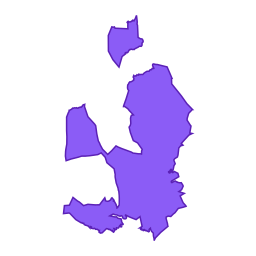 Heroica Ciudad de Huajuapan de León, Oaxaca, Mexico
{"feature_id": "50627088B27284729610040", "entity_name": "Heroica Ciudad de Huajuapan de León", "entity_type": "district", "adm_level": 2, "iso_a3": "MEX", "parent_name": "Mexico", "parent_adm1": "Oaxaca", "projection": "orthographic", "projection_center": [-97.814, 17.883], "detail": "fine", "context": "isolated", "style": "filled", "palette": "violet", "viewbox_px": 256, "rotation_deg": 0, "n_neighbors": 0, "source": "geoboundaries", "source_scale": "gbopen_adm2", "svg_char_len": 5840}
<svg xmlns="http://www.w3.org/2000/svg" viewBox="0 0 256 256"><path d="M65.6,151.4L65.4,156.1L66.1,160.7L71.1,159.0L78.2,157.2L81.7,156.1L85.4,156.1L89.9,155.7L97.8,154.6L101.2,152.9L105.2,157.3L106.9,162.7L114.1,168.8L115.2,174.5L115.1,176.0L115.2,177.4L116.2,182.9L117.1,185.5L118.0,188.0L118.4,190.4L118.8,191.2L119.2,195.3L119.3,198.9L119.2,204.9L117.7,207.4L117.4,207.8L116.9,207.9L117.0,206.8L116.2,205.4L116.2,204.7L114.6,201.8L113.4,201.0L114.1,200.3L112.0,197.8L111.3,198.3L110.8,199.6L110.6,199.9L108.9,201.0L108.5,201.2L107.6,201.3L106.3,201.1L105.3,200.6L105.4,199.6L104.8,197.8L99.5,204.8L95.2,204.9L87.9,204.3L83.6,205.6L79.3,202.0L77.5,201.0L73.0,197.4L69.4,205.2L64.4,205.6L63.5,213.6L68.7,213.0L69.7,213.2L75.8,219.6L81.3,222.9L81.9,222.6L82.6,223.3L83.7,223.3L83.7,223.6L83.9,223.9L84.2,224.5L84.8,224.7L84.9,224.9L85.4,225.2L85.8,225.2L88.5,226.1L88.4,226.4L88.6,226.6L88.9,226.8L89.9,227.9L89.9,227.3L90.7,226.5L91.5,227.0L91.3,227.8L91.6,228.3L93.3,228.7L94.2,228.3L95.0,228.6L95.4,229.3L97.4,229.3L98.2,229.9L98.4,230.5L98.7,230.6L99.4,230.5L99.0,232.1L99.5,232.6L100.0,232.5L100.5,233.1L102.2,232.8L106.5,228.6L107.2,228.8L107.8,228.7L108.1,229.2L108.8,229.5L109.5,229.3L109.8,229.7L110.5,229.6L110.9,230.3L111.5,230.7L112.3,230.4L112.5,230.5L112.4,231.3L113.0,231.6L113.3,232.1L113.6,232.2L114.8,230.3L113.9,228.5L114.2,228.5L115.3,229.5L116.2,229.5L116.5,229.3L116.6,228.4L116.4,228.0L116.4,227.8L116.6,227.7L117.4,228.0L118.5,228.0L119.0,226.9L119.3,226.6L121.3,226.9L121.6,226.8L121.7,226.5L121.5,226.2L119.8,226.0L119.6,225.8L119.7,225.6L120.4,225.1L120.9,224.3L122.4,224.8L123.1,224.4L123.1,224.1L123.0,223.8L122.4,223.2L121.6,221.5L121.6,220.8L121.4,220.4L121.2,219.1L121.0,218.8L118.3,218.4L117.3,217.8L116.7,216.9L116.1,216.8L115.2,217.0L109.8,215.9L112.8,214.2L113.4,214.1L115.2,214.8L116.7,214.9L119.4,216.1L120.6,216.1L121.1,215.7L121.7,215.9L122.2,216.2L122.5,216.8L122.9,218.1L123.7,218.7L124.6,218.9L125.7,218.8L126.2,218.3L126.5,217.7L126.5,217.1L126.3,216.5L125.1,214.7L129.3,216.9L136.1,219.6L140.0,216.6L142.1,226.4L139.8,227.9L141.3,227.9L141.5,228.5L141.0,228.7L140.6,229.2L140.7,229.4L141.6,229.9L143.0,229.9L143.3,229.7L143.5,229.7L143.3,230.5L143.7,230.6L144.1,230.3L144.5,229.7L144.6,229.8L144.6,230.3L145.6,230.3L145.9,230.8L146.6,230.6L146.9,231.0L147.5,231.2L148.6,231.8L149.2,231.5L149.2,230.4L149.1,229.8L149.2,229.4L149.6,229.1L149.6,228.8L150.4,228.2L150.5,229.3L151.6,231.4L153.1,232.9L153.3,233.6L153.4,235.9L154.1,238.8L154.1,240.6L155.4,237.9L157.7,235.5L160.8,232.3L168.0,226.3L167.7,225.4L167.5,223.7L166.1,218.5L166.2,217.0L168.2,216.1L170.8,216.5L173.3,214.0L175.0,212.7L178.3,208.4L182.9,207.3L186.1,206.3L185.8,205.7L183.1,202.7L180.1,195.9L184.3,193.4L178.9,191.6L181.6,189.7L183.2,186.1L182.8,185.1L181.3,182.7L179.9,182.8L177.3,182.3L177.0,181.8L176.4,181.8L175.5,181.0L174.9,181.1L172.8,182.1L172.0,182.6L171.5,182.5L171.3,182.0L171.3,181.5L171.6,181.0L178.8,176.7L177.9,173.3L174.3,171.5L172.9,172.6L172.4,172.5L170.9,171.5L170.6,171.6L170.3,172.4L169.8,173.0L169.2,172.9L168.6,172.2L168.6,171.7L169.5,171.3L170.2,170.4L170.6,169.5L171.1,169.3L171.6,169.8L171.6,170.7L171.9,171.3L172.5,171.1L173.1,169.9L174.0,165.6L175.2,163.8L173.8,160.0L174.7,158.7L177.4,157.0L178.0,155.0L178.8,148.0L180.9,145.5L181.0,145.8L183.0,145.2L181.3,143.4L188.9,135.1L192.2,133.5L189.8,133.0L191.0,126.0L190.5,125.5L187.1,120.2L187.2,118.3L188.7,113.3L191.7,110.2L192.4,109.5L192.5,109.5L186.8,103.6L181.5,96.1L171.7,83.9L171.5,78.3L172.0,78.3L167.1,66.9L156.8,64.4L156.1,64.6L155.3,64.3L154.6,64.3L153.9,63.9L153.0,64.1L152.7,64.4L152.6,65.7L153.9,68.3L153.7,68.5L153.2,68.2L152.5,68.3L152.2,68.4L152.0,68.6L151.7,69.5L151.4,69.7L150.2,69.7L149.0,71.3L148.1,71.2L146.7,71.4L144.2,73.0L142.8,74.5L141.4,74.4L140.7,74.6L139.7,74.3L139.1,74.7L138.5,74.3L138.4,74.5L138.4,75.1L137.2,75.0L136.9,74.8L136.3,75.8L135.7,75.7L135.4,76.0L134.9,76.2L134.4,76.1L133.8,75.4L133.3,76.5L133.2,77.2L133.4,77.6L133.7,77.8L133.9,78.5L133.9,78.9L133.6,79.4L133.8,80.0L132.4,81.1L131.2,81.7L130.6,81.9L129.9,81.8L129.1,82.6L128.4,84.1L127.7,85.0L127.5,87.4L127.6,88.5L127.9,89.4L128.7,90.6L126.2,98.6L123.6,105.9L123.5,106.6L124.7,106.5L127.8,108.7L129.4,110.7L133.4,114.9L131.4,115.3L130.8,116.9L130.5,118.5L130.8,123.3L130.3,125.4L129.1,127.1L130.4,132.6L133.3,140.6L137.6,142.9L142.2,149.4L141.6,150.9L141.5,154.0L140.2,153.8L138.4,153.8L135.6,153.4L133.0,153.1L131.4,152.1L122.1,148.7L118.2,147.1L116.0,145.9L111.7,150.7L107.7,154.4L102.6,149.3L100.1,144.7L99.6,143.3L98.3,140.9L96.8,133.9L95.7,125.7L94.7,124.2L87.9,116.7L84.5,106.6L84.7,104.4L84.3,104.6L83.3,104.7L82.2,106.0L82.2,106.5L81.7,106.7L81.1,107.3L80.3,107.0L80.0,107.1L79.8,107.5L78.6,107.6L78.0,108.2L77.5,108.1L77.2,108.2L76.7,107.7L75.9,108.0L74.8,107.8L74.1,107.9L73.3,108.3L73.0,108.3L72.8,108.1L72.6,108.1L72.3,108.5L71.8,108.9L71.7,109.2L70.2,109.9L69.9,110.2L69.1,110.3L69.1,111.5L68.5,112.3L66.6,117.1L66.6,130.5L66.9,136.8L66.8,144.0L65.8,149.6L65.6,151.4ZM112.1,26.2L108.3,35.5L108.4,51.1L112.9,59.7L119.0,67.1L122.1,56.5L125.5,53.9L125.1,53.2L125.3,52.9L125.9,52.5L126.3,52.4L126.6,52.5L126.9,52.9L128.0,52.2L128.6,50.8L128.9,50.7L129.0,50.3L129.3,50.1L129.6,49.6L130.1,49.5L130.4,49.6L130.7,49.3L131.3,49.3L131.7,49.2L132.3,49.5L133.3,49.5L133.8,49.3L134.2,49.5L135.0,48.7L138.1,47.2L139.1,46.4L140.1,46.2L140.7,46.3L141.2,46.3L141.9,45.6L142.1,44.0L142.0,43.3L142.2,42.8L143.1,41.9L143.1,40.8L142.5,39.4L141.9,38.9L140.5,38.8L138.1,37.4L137.5,25.2L137.2,24.5L137.0,24.0L137.2,22.9L137.2,21.5L136.5,15.4L135.2,18.7L134.0,20.9L133.3,20.6L132.9,20.1L131.9,20.9L132.0,21.2L131.5,21.5L130.7,21.6L130.2,21.9L128.8,21.9L128.5,21.6L128.3,22.3L128.0,22.2L127.6,21.7L127.1,22.3L127.9,23.5L127.8,25.7L127.9,28.8L115.0,28.2L114.4,26.9L113.2,27.2L112.4,27.2L112.0,27.0L112.1,26.2Z" fill="#8b5cf6" stroke="#5b21b6" stroke-width="1.5"/></svg>